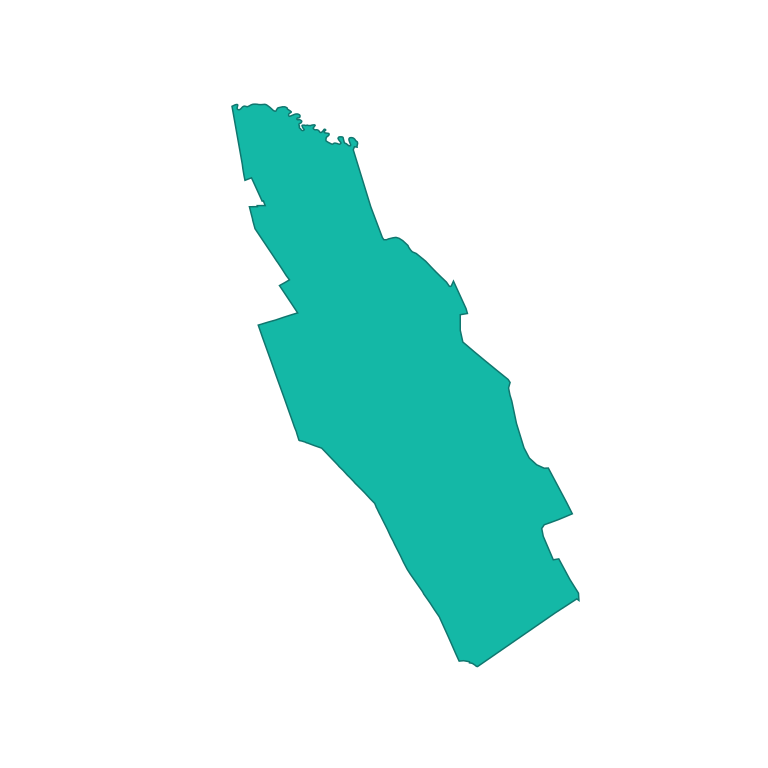 outline of Berliste, Caras-Severin, Romania, rotated 35°
{"feature_id": "2599482B52543575590530", "entity_name": "Berliste", "entity_type": "district", "adm_level": 2, "iso_a3": "ROU", "parent_name": "Romania", "parent_adm1": "Caras-Severin", "projection": "robinson", "projection_center": [21.411, 44.985], "detail": "fine", "context": "isolated", "style": "filled", "palette": "teal", "viewbox_px": 768, "rotation_deg": 35, "n_neighbors": 0, "source": "geoboundaries", "source_scale": "gbopen_adm2", "svg_char_len": 5222}
<svg xmlns="http://www.w3.org/2000/svg" viewBox="0 0 768 768"><g transform="rotate(35 384 384)"><path d="M566.8,358.6L563.5,361.1L555.4,362.6L545.5,361.3L535.3,356.0L515.1,340.3L498.4,324.6L493.6,320.9L488.3,315.8L486.4,310.4L483.1,309.1L468.4,308.1L453.8,307.0L439.1,305.8L424.5,304.4L415.6,296.2L406.7,283.5L411.9,278.4L408.0,275.2L381.9,259.9L382.9,265.1L382.7,265.6L382.3,266.1L381.8,266.3L381.2,266.4L376.7,264.7L369.4,263.6L362.2,262.4L354.9,261.0L347.7,259.5L335.6,258.6L331.4,259.5L329.4,259.1L327.6,258.5L325.8,257.8L324.2,256.8L317.2,255.8L312.8,256.0L309.8,257.0L309.2,257.5L307.5,259.1L306.0,260.8L304.5,262.5L303.3,264.4L301.1,265.9L298.7,265.0L271.5,246.4L224.5,209.8L223.7,206.6L226.1,205.4L225.8,205.1L225.4,204.5L224.5,202.2L224.1,201.7L223.6,201.3L223.3,201.0L222.4,200.9L221.5,200.9L221.2,200.9L219.8,200.3L219.3,200.2L218.2,200.1L217.5,200.2L216.7,200.5L215.9,200.9L215.3,201.4L214.8,201.9L214.6,202.5L214.6,202.8L214.7,203.2L214.8,203.5L215.4,204.3L216.6,205.2L219.5,207.2L219.6,207.4L219.7,207.7L219.8,207.9L219.7,208.2L219.4,208.4L218.9,208.9L218.5,209.0L215.7,208.8L215.1,208.8L214.0,209.1L213.5,209.1L213.2,209.0L212.9,208.9L210.0,206.4L209.5,205.9L209.3,205.7L208.8,205.5L208.4,205.5L207.8,205.7L206.8,206.3L206.1,206.8L205.6,207.3L205.4,207.6L205.3,207.9L205.3,208.5L205.4,209.1L205.8,209.4L207.0,210.0L210.1,211.0L210.4,211.3L210.6,211.5L210.5,212.1L210.1,213.1L209.9,213.3L209.3,213.5L207.8,213.8L205.8,214.7L205.4,215.0L205.1,215.3L204.7,216.0L204.4,216.9L204.2,217.1L203.9,217.3L203.4,217.5L199.9,218.0L197.8,218.1L197.3,218.1L196.9,217.9L196.6,217.6L196.1,216.9L195.4,215.3L195.4,214.6L195.9,212.9L196.1,212.0L196.0,211.3L195.8,211.0L195.7,210.8L195.5,210.6L195.0,210.5L194.5,210.7L191.9,212.0L191.5,212.1L190.9,212.2L190.7,212.1L190.4,211.7L190.3,211.0L190.6,209.6L190.6,209.4L190.4,209.3L190.3,209.2L189.8,209.2L189.5,209.2L189.2,209.4L188.9,209.8L188.8,212.3L188.6,213.0L188.4,213.7L188.1,214.2L187.8,214.4L187.4,214.5L186.8,214.4L185.9,214.1L185.1,213.9L184.3,213.9L183.6,214.1L182.9,214.4L182.5,214.7L182.0,215.2L181.7,215.4L180.2,215.5L179.8,215.4L179.4,215.2L179.2,214.9L179.2,214.6L179.3,211.8L179.2,211.6L178.7,211.5L178.4,211.6L178.1,211.8L177.1,212.6L176.0,213.8L175.6,214.5L175.2,214.7L174.0,215.5L173.2,215.8L172.8,215.9L171.5,217.2L171.3,217.3L170.4,217.6L170.1,217.8L169.0,218.5L168.7,218.9L168.6,219.3L169.1,219.8L170.6,220.7L171.4,221.0L172.4,221.2L172.7,221.3L172.8,221.5L172.8,221.8L172.7,222.1L172.3,222.9L171.8,223.2L171.0,223.4L170.7,223.4L169.1,222.8L168.0,222.8L167.7,222.6L167.0,221.9L166.9,221.3L166.8,221.2L166.0,220.8L165.5,220.3L165.3,219.9L165.3,219.5L165.4,219.2L166.1,217.9L166.3,217.3L166.1,216.2L165.7,215.8L165.2,215.7L164.6,215.7L163.6,215.8L163.2,215.9L162.8,216.0L162.3,216.7L162.0,216.9L161.3,217.2L161.0,217.2L160.8,217.1L160.6,216.9L160.5,216.6L160.4,216.3L160.4,216.0L160.5,215.8L161.3,215.1L161.9,214.0L162.0,213.8L161.9,213.6L161.8,213.1L161.2,212.3L160.9,212.1L160.6,212.1L160.2,212.0L159.2,212.1L158.1,212.5L157.3,213.1L156.7,213.6L156.3,214.1L155.8,214.8L153.4,218.6L153.2,218.8L152.9,219.0L152.3,219.0L152.0,218.8L151.6,218.5L151.3,217.9L151.2,217.6L151.2,217.1L151.3,216.8L152.0,214.9L152.1,214.5L152.0,214.3L151.8,214.2L150.8,214.1L147.6,214.2L147.0,214.1L146.7,213.7L146.2,213.4L145.8,213.4L145.3,213.5L143.8,213.8L141.9,215.1L138.9,218.4L138.6,219.2L138.7,221.0L138.9,222.3L138.6,222.8L138.2,223.1L136.5,223.4L131.9,222.8L129.0,222.7L127.8,222.7L126.9,222.9L125.9,223.3L122.9,225.8L121.0,227.0L119.8,227.5L118.5,228.3L116.8,229.5L116.0,230.2L115.0,231.6L114.0,233.7L113.1,235.2L112.8,235.4L110.9,236.1L110.3,236.4L109.6,237.2L109.2,238.2L108.8,240.9L108.6,241.6L108.3,242.2L107.6,242.7L107.2,242.9L106.4,243.0L106.0,242.8L105.7,242.6L105.2,241.8L104.4,239.7L104.2,239.4L103.9,239.2L103.6,239.2L103.2,239.4L102.7,239.8L101.9,240.7L100.2,243.7L141.9,285.3L144.8,288.5L149.9,293.7L153.3,296.9L157.2,291.1L179.3,304.1L180.2,303.2L184.3,306.0L177.8,310.6L178.6,311.3L172.1,316.0L177.5,320.7L182.0,324.5L182.2,324.9L189.3,330.8L219.3,342.4L225.6,344.9L226.9,345.3L234.3,348.2L241.8,351.3L246.8,352.9L244.5,358.0L241.9,363.3L265.2,372.4L272.5,375.3L269.0,379.7L263.3,387.2L258.4,393.9L253.7,399.6L247.2,407.9L257.3,415.2L277.7,429.6L291.1,439.2L310.7,453.0L323.0,461.8L329.5,466.4L335.3,470.6L339.5,473.3L341.3,474.8L346.5,478.8L347.3,478.8L349.0,478.0L353.0,476.7L354.0,476.7L355.2,476.2L362.3,474.4L369.7,472.3L376.4,473.6L380.8,474.5L384.8,475.3L392.4,476.8L394.6,477.4L399.8,478.2L406.4,479.7L409.1,480.1L414.7,481.2L417.4,481.9L424.5,483.1L429.6,484.0L438.3,485.9L444.8,487.1L447.7,488.9L448.4,489.5L449.4,489.9L454.5,492.8L457.1,494.1L463.2,497.4L470.1,501.1L476.9,505.1L481.5,507.4L484.9,509.4L496.2,515.4L502.3,518.9L509.3,522.5L514.9,524.8L528.9,529.9L534.9,532.1L537.1,533.3L541.1,534.7L547.2,536.9L554.8,540.0L562.8,543.0L573.6,549.4L578.7,552.4L585.2,556.3L591.6,560.2L598.0,564.1L604.5,567.9L607.9,565.0L613.3,562.5L613.9,563.4L616.5,562.2L619.8,562.1L621.6,562.3L622.7,561.8L655.5,473.4L665.2,449.4L667.8,449.5L663.3,443.8L648.4,437.5L627.5,427.0L623.5,430.9L601.8,417.4L596.1,411.9L596.0,407.4L600.4,401.2L604.7,395.0L608.7,388.7L612.7,382.3L601.9,376.5L566.8,358.6Z" fill="#14b8a6" stroke="#0f766e" stroke-width="1.5"/></g></svg>